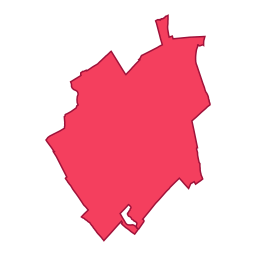 the district of Costisa, Neamt, Romania
{"feature_id": "2599482B85678098789231", "entity_name": "Costisa", "entity_type": "district", "adm_level": 2, "iso_a3": "ROU", "parent_name": "Romania", "parent_adm1": "Neamt", "projection": "orthographic", "projection_center": [26.644, 46.753], "detail": "fine", "context": "isolated", "style": "filled", "palette": "rose", "viewbox_px": 256, "rotation_deg": 0, "n_neighbors": 0, "source": "geoboundaries", "source_scale": "gbopen_adm2", "svg_char_len": 5424}
<svg xmlns="http://www.w3.org/2000/svg" viewBox="0 0 256 256"><path d="M144.0,220.9L143.4,219.7L142.7,219.2L148.4,212.3L154.3,204.9L155.7,203.2L159.0,199.7L165.7,192.1L167.0,190.7L169.2,188.6L170.0,187.4L172.5,184.9L173.8,183.6L175.1,182.3L177.7,179.8L179.3,178.2L181.9,181.0L184.3,183.8L186.4,186.1L188.6,188.5L189.4,186.7L190.1,185.1L190.8,183.6L192.0,183.0L194.1,181.7L194.6,182.5L195.6,184.2L198.5,182.1L200.3,180.9L202.7,179.0L202.1,177.3L201.1,175.0L201.0,174.2L200.5,172.3L200.3,171.0L200.1,169.7L200.1,168.1L200.0,167.2L199.9,166.1L199.9,164.3L199.9,163.6L199.1,162.5L198.8,161.2L198.2,158.4L197.6,155.2L197.5,152.4L196.6,149.4L196.6,148.1L197.5,147.8L196.9,145.0L194.0,130.8L191.9,120.9L193.8,119.2L195.9,117.4L198.9,114.6L200.8,112.8L201.9,111.8L204.1,109.9L205.7,108.5L207.3,106.9L208.7,105.8L209.6,105.2L210.0,104.8L210.0,104.1L209.9,103.5L209.2,101.4L209.1,100.2L208.5,98.7L208.4,97.4L208.1,96.3L207.6,95.0L207.2,94.3L206.9,93.5L205.8,92.0L205.0,89.9L204.4,87.6L202.5,82.5L202.5,82.4L197.7,68.1L197.5,67.4L196.5,64.6L196.2,63.9L195.9,62.5L195.7,61.5L195.7,60.7L195.6,59.8L195.6,58.6L195.6,57.3L195.7,55.5L196.0,52.8L196.2,51.4L196.5,49.6L196.8,48.7L197.2,47.7L197.4,47.2L197.6,46.5L197.7,45.7L197.7,45.1L197.7,44.9L197.9,44.8L198.2,44.8L198.4,45.0L198.6,45.2L199.1,45.8L199.4,45.8L199.8,45.9L201.6,45.2L202.6,44.9L203.1,44.9L203.6,45.3L203.6,45.0L203.6,44.5L203.6,42.9L203.7,41.4L203.8,40.6L203.8,40.4L204.3,38.9L204.3,38.7L204.9,36.5L198.7,36.8L189.9,37.2L180.6,38.1L173.1,38.8L172.7,37.5L172.3,36.1L169.2,37.1L168.9,35.8L168.6,34.9L168.4,33.2L168.1,31.7L167.9,30.3L167.7,29.2L167.6,27.4L167.6,26.1L167.8,24.7L167.9,23.5L167.9,20.7L168.0,19.9L168.0,15.4L167.2,15.8L166.5,16.1L165.9,16.3L165.5,16.4L164.9,17.2L164.8,17.6L164.6,17.8L164.4,17.9L164.0,17.9L163.7,18.1L163.4,18.2L163.0,18.7L162.5,18.8L161.8,18.7L161.5,18.8L161.3,19.1L160.8,19.3L160.7,19.3L160.7,19.5L160.3,19.6L160.2,20.0L159.8,19.8L159.6,19.7L159.5,19.9L159.3,19.8L159.2,19.8L158.9,19.9L158.6,19.7L158.4,19.8L158.1,19.7L157.9,19.8L157.7,19.7L157.0,20.1L156.7,20.2L156.4,20.3L156.0,20.6L155.6,20.9L156.4,22.9L158.6,31.3L159.6,35.0L160.7,39.4L161.6,42.3L162.3,44.8L159.5,46.2L157.4,47.5L153.5,49.5L150.6,51.0L142.3,55.2L141.9,55.3L141.7,55.6L141.4,55.8L141.1,56.2L140.9,56.7L140.7,57.1L140.5,57.5L140.2,58.1L139.9,58.5L139.4,59.1L139.1,59.3L138.9,59.5L139.2,59.6L139.5,59.7L139.8,59.9L139.1,60.5L138.3,61.4L136.9,62.8L136.2,63.5L134.4,65.4L134.0,65.9L133.6,66.3L132.6,67.3L131.0,69.2L129.7,70.6L129.1,71.3L128.5,71.8L125.9,74.6L125.2,73.8L123.0,70.4L118.0,62.3L116.1,59.2L113.0,54.2L112.0,52.6L111.2,51.3L110.7,51.6L109.0,53.3L107.2,55.0L105.9,56.0L104.2,57.7L103.2,58.6L102.4,59.4L100.5,61.2L99.8,61.8L98.1,63.5L97.6,64.0L93.5,66.4L92.7,66.9L91.8,67.5L89.5,69.1L87.9,70.1L86.8,70.8L86.3,70.2L85.0,70.8L83.7,71.4L83.5,71.5L82.7,71.4L82.1,71.9L81.1,72.6L80.8,72.8L80.7,74.5L81.0,75.4L80.0,76.1L70.6,81.8L71.1,82.9L71.5,84.5L71.5,86.5L72.1,87.9L73.5,89.4L76.5,90.8L77.5,91.8L78.0,93.2L78.1,94.5L77.3,96.5L77.0,99.6L77.2,102.6L78.1,105.0L76.9,105.7L76.1,108.0L71.0,111.6L67.0,113.8L66.1,114.1L65.2,114.7L65.1,116.0L64.3,116.7L64.5,119.2L64.7,121.6L64.8,122.4L64.7,123.9L64.8,125.0L64.8,125.9L64.5,126.8L64.5,128.2L59.6,131.1L54.4,133.7L51.3,135.3L49.9,136.0L48.8,136.8L47.8,137.6L47.3,138.3L46.6,139.3L46.0,140.0L47.1,141.7L49.3,144.7L51.6,147.8L53.0,149.9L53.9,151.2L54.0,151.3L53.2,151.3L53.2,151.5L56.5,156.8L66.5,176.4L66.8,177.0L66.5,177.3L66.1,177.6L65.8,177.9L65.4,178.3L65.5,178.5L65.8,179.0L66.6,180.1L67.0,180.5L67.5,181.5L68.0,182.3L68.7,183.1L69.0,183.6L69.8,184.7L70.3,185.1L70.8,185.8L71.2,186.5L71.4,186.8L71.6,187.1L72.6,188.9L74.3,191.3L76.2,193.8L78.8,197.5L82.0,202.3L83.4,204.5L84.1,205.4L85.1,206.3L86.3,207.6L87.7,209.4L88.2,209.8L88.2,210.1L86.2,212.0L84.1,214.0L81.4,216.9L82.7,217.8L83.8,218.2L84.5,218.7L85.2,219.5L86.1,220.0L86.9,220.5L87.6,221.2L88.3,221.8L88.8,222.1L89.4,222.4L89.7,222.5L89.9,222.9L90.1,223.2L90.5,223.8L90.9,224.3L91.4,224.9L91.5,225.2L91.6,225.4L91.9,225.6L92.2,226.0L92.6,226.3L93.0,227.0L93.1,227.4L93.2,227.5L93.6,228.0L93.8,228.3L94.1,228.6L94.5,229.1L94.7,229.3L95.2,230.1L95.8,230.8L96.0,231.0L96.6,232.0L97.4,233.0L97.7,233.4L98.8,234.6L99.3,235.1L99.9,235.7L100.4,236.4L101.3,237.3L101.6,237.6L102.0,238.3L102.9,239.4L103.5,240.0L103.9,240.6L104.6,239.8L107.9,236.2L110.2,233.7L111.8,231.9L117.3,225.7L121.4,221.2L122.1,222.3L122.1,222.9L121.5,223.6L122.6,224.8L124.9,226.8L125.7,227.5L126.2,227.9L126.6,228.1L127.6,228.8L129.3,230.1L130.9,231.5L132.7,232.8L134.7,234.1L137.1,230.9L138.0,229.6L138.4,229.0L137.5,228.5L136.8,228.1L135.8,226.4L133.7,225.1L132.5,224.8L130.8,225.0L128.3,224.9L127.2,224.6L125.9,223.4L124.5,221.1L122.5,217.8L120.8,214.8L120.1,213.5L121.0,212.6L122.3,211.2L124.2,209.3L127.7,205.5L128.4,204.7L128.6,204.6L129.3,205.2L130.0,205.9L130.6,206.6L130.9,207.1L131.0,207.6L130.8,208.2L130.1,209.0L130.0,209.8L129.8,210.4L129.5,210.6L129.0,211.2L128.7,211.7L128.5,212.2L128.2,212.7L127.8,213.0L127.9,213.3L127.4,213.9L127.8,214.8L128.1,215.5L128.6,216.1L129.1,216.4L129.7,216.6L130.3,217.0L130.7,217.3L131.3,218.2L131.7,219.1L132.2,219.4L132.8,219.8L133.4,220.2L133.9,220.8L134.3,221.2L134.8,221.2L135.4,221.6L136.0,222.1L136.6,222.7L136.9,223.5L136.8,224.1L136.5,225.0L136.3,225.8L136.3,226.4L136.3,226.9L136.4,227.1L136.7,227.7L136.9,228.0L138.0,228.7L138.8,228.9L140.6,226.3L143.6,222.0L143.8,221.7L144.0,220.9Z" fill="#f43f5e" stroke="#9f1239" stroke-width="1.5"/></svg>